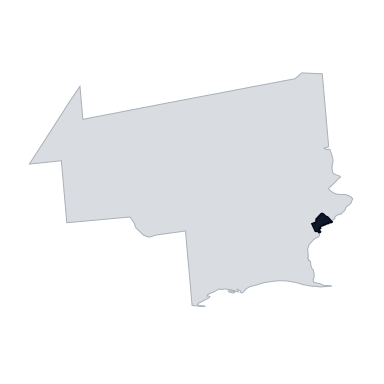 Kaedi, Gorgol, Mauritania shown in context, rotated 265°
{"feature_id": "47542326B29120201182559", "entity_name": "Kaedi", "entity_type": "district", "adm_level": 2, "iso_a3": "MRT", "parent_name": "Mauritania", "parent_adm1": "Gorgol", "projection": "equal_earth", "projection_center": [-13.341, 16.007], "detail": "fine", "context": "in_parent", "style": "filled", "palette": "ink", "viewbox_px": 384, "rotation_deg": 265, "n_neighbors": 0, "source": "geoboundaries", "source_scale": "gbopen_adm2", "svg_char_len": 4914}
<svg xmlns="http://www.w3.org/2000/svg" viewBox="0 0 384 384"><g transform="rotate(265 192 192)"><path d="M168.1,349.9L167.6,349.7L165.6,347.8L164.6,345.6L163.0,343.9L160.7,342.8L159.3,341.5L158.6,340.1L157.8,339.1L156.9,338.6L156.8,338.1L157.0,337.4L156.8,336.1L155.5,333.2L154.3,331.8L153.2,332.1L152.6,331.7L152.3,331.1L152.1,330.1L151.4,329.3L150.2,328.9L149.2,326.8L148.4,322.8L147.5,319.7L146.3,317.5L145.4,316.7L144.8,316.5L144.6,316.2L144.4,315.5L143.5,315.3L142.2,316.0L141.0,315.7L140.4,314.7L139.6,314.6L138.6,315.4L137.4,315.2L136.2,313.8L135.5,312.4L135.4,311.0L133.3,308.2L129.2,304.0L124.7,302.1L119.8,302.3L117.1,302.1L116.5,301.5L115.9,301.5L115.3,302.3L114.7,302.4L114.0,302.0L113.6,302.3L113.4,303.4L111.7,304.0L108.4,304.0L105.8,304.6L103.8,305.9L100.9,306.5L97.3,306.3L95.1,305.8L94.3,305.1L93.3,304.9L91.9,305.3L90.7,307.3L89.6,311.1L88.7,313.2L88.0,313.7L87.2,316.5L86.7,321.2L86.1,323.2L86.2,311.6L87.2,307.3L87.6,303.5L89.9,295.1L92.6,288.2L95.1,279.1L96.1,270.3L95.8,261.7L95.1,254.0L93.9,249.0L92.7,241.6L91.0,237.8L87.8,234.4L87.1,232.4L87.8,231.7L89.8,231.2L91.1,228.6L88.4,229.6L91.5,221.6L92.5,216.1L92.4,212.5L93.0,210.3L90.7,205.5L88.9,199.5L88.0,198.5L87.0,198.0L86.9,199.4L86.4,200.7L85.2,199.9L83.3,195.5L80.5,188.4L79.5,187.7L78.7,188.7L78.2,189.6L77.2,195.5L76.9,193.2L77.3,190.4L78.1,187.0L78.9,182.2L81.3,182.2L85.7,182.2L94.4,182.2L98.7,182.2L107.4,182.2L111.7,182.2L120.4,182.2L124.8,182.1L133.5,182.1L137.8,182.1L146.5,182.1L150.9,182.1L153.8,182.1L153.6,178.7L153.4,176.0L153.3,172.4L153.1,168.9L152.9,165.3L152.7,161.9L152.6,158.6L152.4,155.5L152.3,152.6L152.0,151.0L151.1,147.7L150.9,146.1L151.1,144.4L151.7,142.8L153.4,139.8L156.0,137.6L158.9,135.0L161.2,133.0L162.3,132.5L165.8,131.8L168.6,130.3L171.3,128.8L172.4,128.0L172.5,125.3L172.3,64.6L185.5,64.6L189.0,64.6L213.3,64.6L216.8,64.6L234.5,64.6L234.5,61.7L234.4,57.6L234.3,52.1L234.2,46.4L234.1,36.6L234.0,32.5L237.6,35.2L244.6,40.7L248.2,43.5L255.3,49.0L262.4,54.5L269.5,60.0L273.0,62.7L276.6,65.5L280.2,68.3L283.7,71.0L290.9,76.5L293.9,78.9L298.5,82.6L302.8,86.1L307.1,89.6L300.5,89.6L291.8,89.6L285.8,89.6L279.7,89.6L273.9,89.6L274.5,95.3L275.2,101.6L275.8,107.8L276.5,114.1L277.1,120.3L279.1,139.2L279.7,145.5L280.4,151.8L281.0,158.1L281.7,164.4L283.0,177.0L283.6,183.3L284.3,189.7L284.9,196.0L285.6,202.3L286.2,208.7L287.5,221.4L288.1,227.8L288.8,234.1L289.4,240.5L290.1,246.9L290.7,253.3L291.4,259.7L292.0,266.1L293.3,278.9L293.9,285.3L294.6,291.7L295.2,298.1L295.8,304.3L298.1,307.6L301.1,311.7L300.3,317.5L299.4,324.5L298.4,332.1L290.4,332.1L282.6,332.1L262.9,332.1L259.0,332.1L239.3,332.1L235.4,332.1L227.8,332.1L225.6,331.9L224.8,331.3L224.4,327.4L223.8,327.6L223.0,328.8L222.6,330.0L222.7,331.7L222.6,333.0L220.1,333.6L216.7,334.5L213.1,335.2L209.5,335.0L208.2,334.7L206.9,334.1L204.0,333.6L202.5,333.5L200.7,333.7L198.6,334.0L197.9,334.7L196.3,337.6L194.7,341.0L193.7,341.0L192.6,339.1L189.4,335.6L185.7,331.0L183.9,328.7L183.0,328.4L181.2,330.1L179.7,331.7L178.1,333.9L177.3,336.0L176.7,338.6L176.5,341.6L175.9,345.1L174.6,347.9L173.1,350.0L171.9,351.0L171.5,351.5L168.1,349.9ZM89.8,223.6L88.6,226.1L88.0,225.2L87.8,223.5L88.9,221.2L89.4,220.0L90.4,219.5L89.8,223.6Z" fill="#d9dde1" stroke="#a8b0b8" stroke-width="1"/><path d="M142.1,311.4L141.6,314.3L140.7,314.7L140.6,314.9L140.4,315.1L140.3,315.3L140.4,315.7L140.5,315.9L140.6,316.0L140.8,316.4L140.9,316.5L141.1,316.6L141.3,316.2L141.5,316.1L141.8,316.2L142.0,316.1L142.3,316.0L142.3,315.9L142.6,315.8L142.8,315.7L143.0,315.5L143.3,315.4L143.4,315.5L144.1,315.7L144.3,315.6L144.6,315.4L144.7,315.2L144.8,315.2L144.9,315.3L145.0,315.4L145.0,315.6L144.9,315.7L144.6,315.8L144.4,316.0L144.2,316.3L144.4,316.8L144.6,317.0L144.8,316.9L144.9,316.6L145.0,316.3L145.2,316.2L145.3,316.2L145.4,316.4L145.5,316.7L145.7,316.9L146.0,317.1L146.3,317.2L146.4,317.3L146.6,317.4L146.8,317.4L146.9,317.6L146.9,318.1L146.9,318.6L147.0,318.8L147.1,319.0L147.1,319.8L147.3,320.1L147.4,320.4L147.5,320.5L147.8,320.8L148.0,320.8L148.1,321.0L148.0,321.3L147.9,321.4L147.9,321.5L147.7,321.7L147.8,321.8L147.9,322.0L148.0,322.0L148.3,322.3L148.4,322.5L148.4,322.8L148.4,323.0L148.4,323.3L148.4,323.6L148.5,323.7L148.6,323.9L148.7,324.0L148.8,324.1L149.0,324.3L149.1,324.5L148.9,324.6L148.7,324.5L148.6,324.9L148.6,325.0L148.8,325.3L149.0,325.6L149.2,325.8L149.3,325.8L149.4,326.0L149.8,326.4L149.9,326.5L150.0,326.7L150.1,326.8L150.2,327.0L150.0,327.3L149.9,327.5L149.7,327.5L149.5,327.4L149.4,327.4L149.4,327.5L149.3,327.8L149.4,328.1L149.5,328.3L149.6,328.5L149.7,328.9L149.8,329.0L150.0,329.1L150.1,328.9L150.3,328.8L150.4,328.7L152.0,327.5L152.4,327.2L153.8,326.2L155.2,325.1L156.5,322.9L157.8,321.8L158.9,320.8L159.2,320.2L159.3,319.7L159.4,319.1L157.0,316.3L155.8,315.0L155.5,314.7L154.2,313.2L153.8,313.4L153.5,313.4L152.6,312.9L151.2,313.0L150.5,310.5L149.9,308.6L144.9,310.4L142.9,311.1L142.1,311.4Z" fill="#0f172a" stroke="#020617" stroke-width="1.5"/></g></svg>